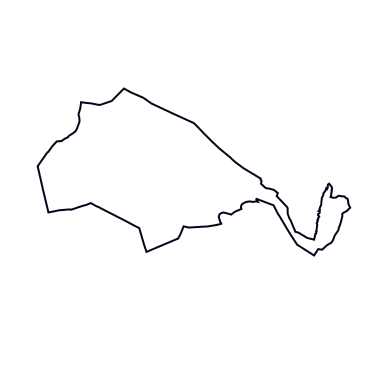 Mitontic, Chiapas, Mexico (Natural Earth projection), rotated 201°
{"feature_id": "50627088B9459318195233", "entity_name": "Mitontic", "entity_type": "district", "adm_level": 2, "iso_a3": "MEX", "parent_name": "Mexico", "parent_adm1": "Chiapas", "projection": "natural_earth1", "projection_center": [-92.592, 16.876], "detail": "fine", "context": "isolated", "style": "outline", "palette": "ink", "viewbox_px": 384, "rotation_deg": 201, "n_neighbors": 0, "source": "geoboundaries", "source_scale": "gbopen_adm2", "svg_char_len": 3724}
<svg xmlns="http://www.w3.org/2000/svg" viewBox="0 0 384 384"><g transform="rotate(201 192 192)"><path d="M47.0,190.6L43.7,194.7L43.1,197.9L43.1,202.9L41.7,208.4L42.1,211.8L42.0,213.5L42.1,214.0L42.1,215.8L42.3,217.9L43.0,223.4L43.7,225.1L43.8,225.7L43.5,226.4L40.4,230.1L40.1,231.2L38.7,234.0L42.0,237.2L42.4,238.5L43.6,240.3L44.3,241.4L45.8,241.5L48.2,242.4L51.1,241.5L52.2,241.5L53.9,240.9L55.7,238.3L58.2,237.2L60.9,237.0L60.8,238.0L61.0,239.6L61.5,240.2L61.5,241.0L61.5,242.2L61.8,242.9L62.3,243.2L62.4,244.2L62.2,245.0L63.4,246.8L66.9,248.9L67.6,248.0L67.7,247.4L67.7,247.1L67.6,246.8L67.4,246.3L67.3,246.0L67.2,245.8L67.0,245.4L66.9,244.7L67.0,244.5L67.0,243.8L66.9,243.4L67.0,242.0L67.4,243.1L67.8,244.1L68.1,244.8L68.0,243.1L67.9,240.3L68.5,239.2L68.7,238.4L68.8,237.9L68.7,237.4L68.5,236.8L68.4,236.4L68.3,235.6L68.4,234.8L68.6,233.9L68.7,233.2L68.5,232.6L68.4,232.1L68.1,231.0L67.5,228.7L67.4,228.2L67.3,227.8L67.1,227.3L66.9,226.9L66.8,226.5L66.8,225.8L66.9,224.7L67.0,223.3L66.9,222.7L66.8,221.8L66.7,221.0L66.7,220.4L66.8,220.0L66.1,220.4L66.1,220.2L65.4,218.7L65.4,218.3L65.5,217.9L65.7,217.5L66.3,216.7L66.4,216.3L66.3,216.0L66.1,215.6L64.4,214.7L64.3,214.4L64.4,214.2L64.9,213.2L64.9,212.9L64.9,212.6L64.6,212.2L64.4,212.0L64.4,211.7L64.6,211.4L64.8,211.1L64.9,210.7L64.6,210.3L64.2,209.9L64.1,209.6L64.1,209.3L64.5,208.3L64.4,208.0L64.3,207.5L63.8,207.0L63.5,206.7L63.4,206.3L63.2,205.6L62.2,201.6L62.0,199.8L61.5,199.8L61.3,197.5L61.8,197.3L60.9,191.3L67.9,190.4L78.2,192.2L81.2,191.9L89.8,200.9L91.7,202.4L92.4,203.0L93.1,204.1L93.5,204.5L94.2,205.2L94.6,205.7L95.3,207.0L95.7,208.0L95.9,208.7L96.2,209.3L96.4,209.7L96.6,210.3L96.8,211.0L97.4,211.6L98.0,212.1L111.4,218.5L111.5,221.8L116.3,223.3L121.7,222.8L122.8,222.3L123.5,222.4L124.2,222.2L124.6,222.2L125.3,222.4L130.5,224.4L131.0,227.2L132.3,227.9L132.6,229.1L152.1,232.6L161.9,235.3L165.7,236.7L166.7,237.1L167.5,237.6L181.7,242.3L191.5,246.3L202.9,251.4L211.2,255.4L215.0,257.0L238.2,258.4L261.6,260.1L271.1,262.5L284.9,263.1L292.6,264.2L299.6,248.2L309.2,240.2L312.4,239.5L317.8,238.6L325.3,236.6L327.7,236.1L326.7,231.9L326.1,228.6L326.0,225.6L325.8,224.1L325.5,223.3L325.1,222.7L324.8,222.3L324.4,221.9L324.0,221.3L323.7,220.6L322.8,218.9L322.5,218.1L322.3,217.3L322.2,216.1L322.2,214.9L322.1,210.2L322.4,207.2L324.0,204.4L326.8,200.6L327.3,199.6L327.4,198.7L328.0,198.1L328.5,197.5L328.6,197.4L329.6,196.4L330.4,195.3L330.8,194.9L331.1,194.2L331.3,193.9L331.7,193.5L331.8,193.2L332.4,192.6L332.7,192.4L333.0,192.4L333.5,192.3L333.7,192.0L334.5,191.6L335.4,191.2L335.6,191.2L336.4,190.7L336.6,190.1L336.8,189.7L336.9,189.3L337.1,188.9L337.3,188.5L337.6,187.7L338.7,184.9L340.0,180.2L340.3,179.0L340.6,177.9L341.2,177.2L342.0,174.2L345.3,160.7L342.8,157.0L331.9,140.7L331.7,140.4L318.7,121.5L314.8,123.9L309.7,127.2L303.6,130.2L299.7,132.0L298.4,132.2L296.7,133.6L296.1,134.1L291.6,137.9L288.1,140.6L285.6,142.5L282.5,145.4L280.3,145.1L276.6,144.5L273.3,144.4L271.7,144.2L267.5,143.7L250.5,141.9L244.8,141.3L233.5,139.9L228.3,139.4L218.6,126.6L218.5,126.4L213.0,119.8L188.3,143.6L187.7,148.2L187.5,156.9L182.1,157.7L168.6,163.9L165.5,165.2L161.2,167.7L158.6,169.2L156.1,170.8L153.3,172.9L154.0,173.6L154.9,174.2L157.5,177.5L157.9,178.0L158.2,178.7L158.2,179.3L158.3,180.1L158.3,181.0L157.8,181.9L157.2,182.6L156.7,183.1L156.1,183.4L155.3,184.2L147.7,185.0L147.3,185.0L145.0,188.8L141.1,192.6L139.8,193.8L141.1,195.8L141.0,198.3L139.3,200.8L138.2,201.6L137.6,202.4L136.7,202.7L135.8,203.4L133.1,204.4L132.1,204.3L129.3,205.9L128.7,206.3L127.0,206.4L129.2,208.3L130.1,208.7L111.0,208.8L104.3,202.7L100.6,200.0L87.7,189.8L84.9,187.7L75.0,180.5L55.3,176.5L53.7,183.9L49.8,184.8L47.0,190.6Z" fill="none" stroke="#020617" stroke-width="2"/></g></svg>